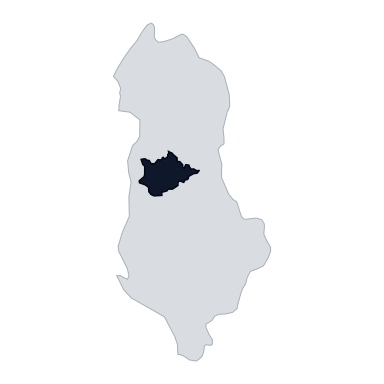 location of Tiranë, Tiranë, Albania
{"feature_id": "67620474B90997304428465", "entity_name": "Tiranë", "entity_type": "district", "adm_level": 2, "iso_a3": "ALB", "parent_name": "Albania", "parent_adm1": "Tiranë", "projection": "natural_earth1", "projection_center": [19.888, 41.311], "detail": "fine", "context": "in_parent", "style": "filled", "palette": "ink", "viewbox_px": 384, "rotation_deg": 0, "n_neighbors": 0, "source": "geoboundaries", "source_scale": "gbopen_adm2", "svg_char_len": 2457}
<svg xmlns="http://www.w3.org/2000/svg" viewBox="0 0 384 384"><path d="M118.8,110.7L119.1,105.1L120.5,96.2L119.7,93.3L120.6,88.2L117.9,81.4L113.4,76.5L117.7,67.9L124.1,57.5L129.9,49.2L137.0,40.6L141.8,32.3L146.9,25.2L151.2,23.0L153.4,24.6L154.6,27.7L154.3,36.9L155.8,40.0L158.8,42.4L165.2,41.2L172.3,38.9L181.8,34.1L183.4,34.4L186.9,36.9L194.3,48.0L199.2,57.8L208.8,61.2L214.2,65.0L221.1,70.8L224.5,76.7L229.2,94.5L229.8,105.3L228.4,110.2L227.3,111.5L223.0,129.0L224.0,138.0L224.0,143.9L220.4,146.2L218.0,149.9L221.9,164.6L221.5,170.8L221.7,178.0L228.8,194.3L233.0,199.4L236.7,201.8L241.5,216.8L244.4,219.4L256.0,218.0L261.7,219.7L264.0,223.3L264.5,225.7L263.8,234.1L266.7,240.6L270.6,247.3L270.6,251.4L268.0,258.1L263.4,265.9L257.2,268.9L250.4,271.4L247.2,277.4L245.6,283.9L242.5,288.7L240.7,293.9L237.8,304.6L237.1,308.5L232.5,312.4L225.4,314.0L219.0,314.3L214.6,316.2L212.5,319.8L208.4,322.8L205.9,324.1L205.9,327.3L208.9,334.1L212.3,339.7L212.4,344.1L210.7,345.3L205.5,344.8L204.4,346.4L203.8,351.3L202.4,355.6L200.3,358.1L196.5,361.0L189.7,360.0L183.2,355.8L179.9,354.5L177.9,354.6L177.4,344.3L174.6,336.2L164.4,316.8L131.3,298.0L123.5,289.5L120.1,282.4L116.7,275.7L120.0,275.5L123.2,277.2L127.4,279.3L129.0,275.9L127.3,268.6L118.8,251.4L118.1,246.7L122.3,232.4L129.3,216.3L128.9,196.8L131.1,182.1L128.7,172.5L127.6,160.8L132.7,145.3L137.0,141.4L139.7,136.5L139.9,119.9L130.1,112.2L118.8,110.7Z" fill="#d9dde1" stroke="#a8b0b8" stroke-width="1"/><path d="M168.5,151.4L168.9,153.3L167.8,154.4L167.7,156.5L167.0,157.2L164.8,158.9L163.1,157.3L162.3,157.9L162.1,159.0L160.8,159.9L157.9,159.7L157.3,160.5L156.3,161.6L154.8,163.7L151.1,163.7L150.0,161.8L149.1,160.4L147.8,160.5L147.1,160.0L146.3,159.7L145.3,158.8L143.4,158.9L141.1,159.4L142.8,164.4L144.7,166.3L144.7,173.8L144.2,176.5L139.2,180.8L139.5,182.8L145.3,184.9L148.5,187.3L148.7,188.9L148.8,191.7L151.0,194.5L154.1,195.9L161.9,195.4L161.7,192.1L162.9,192.0L166.8,191.0L168.3,189.1L172.6,189.1L177.9,185.5L178.0,182.7L179.2,180.9L180.7,181.3L183.7,182.4L185.3,179.7L187.3,179.6L188.3,178.5L188.5,176.5L193.5,173.7L197.2,173.1L199.5,170.2L198.1,170.8L195.4,170.1L193.8,168.9L191.3,169.2L190.0,167.7L189.3,166.4L188.9,165.1L185.7,164.7L184.1,168.5L182.8,167.2L182.6,164.7L179.8,161.6L177.1,161.4L177.1,157.9L173.2,154.5L172.2,153.4L171.9,153.0L171.7,152.8L171.3,152.8L170.6,152.7L169.8,152.1L169.6,151.9L169.4,151.9L169.2,151.7L168.5,151.4Z" fill="#0f172a" stroke="#020617" stroke-width="1.5"/></svg>